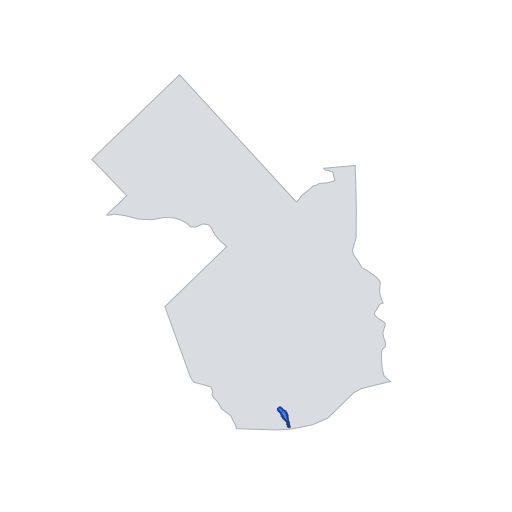 location of San José La Máquina, Suchitepéquez, Guatemala, rotated 316°
{"feature_id": "79465075B14696818502524", "entity_name": "San José La Máquina", "entity_type": "district", "adm_level": 2, "iso_a3": "GTM", "parent_name": "Guatemala", "parent_adm1": "Suchitepéquez", "projection": "equal_earth", "projection_center": [-91.607, 14.266], "detail": "fine", "context": "in_parent", "style": "filled", "palette": "blue", "viewbox_px": 512, "rotation_deg": 316, "n_neighbors": 0, "source": "geoboundaries", "source_scale": "gbopen_adm2", "svg_char_len": 5193}
<svg xmlns="http://www.w3.org/2000/svg" viewBox="0 0 512 512"><g transform="rotate(316 256 256)"><path d="M121.8,366.5L123.6,364.2L125.0,358.8L126.9,353.3L125.8,347.0L125.1,341.9L127.2,334.4L127.0,328.8L128.0,325.3L131.0,323.1L132.6,318.8L123.9,304.0L124.0,300.7L125.1,296.5L132.2,280.8L140.5,262.1L149.8,241.5L155.3,229.1L175.6,229.1L188.9,229.0L206.0,229.0L224.4,229.0L236.6,229.0L241.6,228.9L240.7,220.8L241.3,211.9L243.5,203.8L243.5,200.2L239.9,195.9L232.9,193.3L229.0,189.5L229.0,184.6L227.2,178.7L223.8,171.8L216.8,164.7L206.1,157.4L197.0,147.7L189.5,135.5L183.2,127.6L178.3,124.4L177.1,122.6L191.4,122.8L204.9,122.9L205.0,105.4L205.1,89.9L205.1,72.4L229.6,72.4L258.8,72.5L289.1,72.5L312.9,72.5L326.9,72.5L326.3,94.3L325.7,119.4L325.2,138.0L324.6,162.7L324.0,188.0L323.1,222.6L322.6,244.9L322.9,245.4L330.9,244.3L342.7,245.3L345.5,245.2L349.2,247.2L352.0,247.8L358.0,252.8L365.1,256.6L369.5,248.9L367.1,244.3L365.3,241.9L365.6,239.9L390.2,259.8L387.3,262.9L381.1,270.0L369.9,282.1L359.8,293.0L350.1,302.8L341.4,311.7L340.3,312.6L329.2,318.9L327.4,321.9L325.0,334.4L323.9,337.6L326.0,344.5L328.0,355.3L327.4,360.9L319.7,367.9L316.2,374.1L314.7,378.2L313.3,377.1L310.9,376.8L305.4,378.4L302.7,378.7L300.5,380.5L300.3,384.4L301.8,390.7L302.3,394.0L300.8,395.5L294.0,399.3L291.4,403.0L288.8,408.8L285.8,411.2L282.7,410.8L280.5,411.6L275.8,416.0L268.8,424.4L265.0,430.7L264.9,435.4L265.6,439.6L239.8,424.7L231.2,422.2L195.0,422.5L179.4,416.7L161.7,405.4L149.7,395.1L121.8,366.5Z" fill="#d9dde1" stroke="#a8b0b8" stroke-width="1"/><path d="M165.0,381.6L164.9,381.8L164.8,382.0L164.7,382.1L164.8,382.2L164.9,382.3L164.8,382.5L164.7,382.8L164.6,383.0L164.7,383.4L164.4,383.4L164.4,383.5L164.5,383.6L164.6,384.0L164.6,384.3L164.4,384.7L164.6,384.8L164.8,384.8L164.8,385.0L164.9,384.9L165.0,384.9L165.1,385.0L165.2,384.9L165.2,385.0L165.0,385.3L164.9,385.3L164.9,385.5L164.7,385.7L164.8,385.9L164.9,386.0L164.7,386.0L164.7,386.3L164.8,386.3L164.8,386.6L164.7,386.6L164.7,386.8L164.5,387.0L164.4,387.0L164.2,387.0L164.2,387.3L164.1,387.5L164.0,387.4L163.9,387.7L164.0,387.8L164.0,387.7L164.1,387.9L163.9,387.9L163.9,388.1L164.0,388.3L164.1,388.5L163.8,388.6L163.7,388.9L163.8,389.0L163.7,389.3L163.8,389.3L163.7,389.5L163.8,389.6L163.6,389.6L163.6,389.4L163.4,389.3L163.5,389.6L163.6,389.9L163.4,389.8L163.3,390.0L163.2,389.9L163.2,390.1L163.2,390.3L163.3,390.4L163.3,390.5L163.1,390.7L163.2,390.8L163.3,391.2L163.1,391.0L163.1,391.3L162.9,391.5L162.8,391.8L162.9,392.0L162.7,392.0L162.8,392.2L162.8,392.3L162.8,392.5L162.9,392.8L162.9,393.0L162.8,393.4L162.8,393.5L162.7,393.6L162.8,393.7L162.7,393.7L162.8,393.7L163.0,393.6L163.0,393.8L162.9,394.1L162.9,394.5L163.0,394.5L163.0,394.8L162.9,394.9L163.1,395.2L163.0,395.4L163.0,395.5L162.9,395.5L162.9,395.8L163.1,395.8L163.0,396.0L163.0,396.4L162.9,396.4L162.9,396.5L163.0,396.6L162.8,396.7L162.8,396.8L162.9,397.0L162.7,397.3L162.7,397.6L162.5,397.8L162.3,397.8L162.3,398.0L162.2,397.9L162.3,398.1L162.2,398.1L162.0,398.4L161.9,398.3L161.6,398.4L161.7,398.5L161.6,398.8L161.6,399.0L161.8,399.1L161.6,399.3L161.6,399.2L161.5,399.3L161.4,399.6L161.6,399.6L161.7,399.8L161.4,399.9L161.5,400.0L161.7,400.3L161.6,400.2L161.5,400.3L161.4,400.4L161.3,400.5L161.2,400.5L161.3,400.6L161.2,400.7L161.3,400.7L161.2,400.8L161.2,401.0L161.0,401.3L160.9,401.3L161.0,401.4L161.0,401.5L161.1,401.8L160.9,401.8L160.8,402.0L160.7,402.1L161.1,402.4L161.2,402.6L161.3,402.6L161.3,402.4L161.5,402.4L161.7,402.5L161.8,402.5L161.8,402.4L161.7,402.4L162.0,401.9L162.1,401.6L162.2,401.4L162.3,401.3L162.5,401.2L162.7,400.8L162.7,400.4L162.9,400.2L163.0,400.2L163.2,399.8L163.3,399.6L163.5,399.4L163.5,399.2L163.9,399.1L163.9,398.8L163.9,398.7L164.4,398.3L164.4,398.2L164.5,397.9L164.4,397.8L164.3,397.6L164.1,397.5L164.1,397.4L164.3,397.3L164.4,397.2L164.3,396.8L164.4,396.7L164.6,396.6L164.8,396.7L165.1,396.6L165.3,396.4L165.2,396.3L165.2,395.9L165.4,395.9L165.5,395.8L165.4,395.7L165.5,395.6L165.7,395.3L165.8,395.2L165.9,395.3L166.0,395.3L166.2,395.0L166.1,394.9L166.0,395.1L165.7,395.0L165.7,394.9L165.7,394.7L165.9,394.7L166.0,394.6L166.1,394.8L166.3,394.7L166.2,394.4L166.3,394.2L166.4,394.3L166.5,394.4L166.4,394.2L166.5,394.1L166.6,393.9L166.6,393.7L166.8,393.7L166.9,394.1L167.0,394.1L167.2,393.9L167.3,393.5L167.2,393.5L167.1,393.4L167.1,393.2L167.3,392.4L167.5,392.5L167.6,392.2L167.9,392.3L168.2,392.6L168.3,392.6L168.3,392.4L168.2,392.2L168.3,391.9L168.3,391.6L168.3,391.4L168.5,391.5L168.6,391.4L168.5,391.2L168.5,390.8L168.5,390.6L168.5,390.3L169.0,390.5L169.1,390.3L169.2,390.1L169.2,389.9L168.9,389.9L168.8,389.6L168.9,389.4L168.8,389.1L168.9,388.8L168.9,388.7L169.0,388.6L169.3,388.7L169.5,388.4L169.4,388.3L169.3,388.1L168.9,388.0L168.9,387.9L169.0,387.8L169.0,387.6L169.1,387.4L169.3,387.3L169.3,387.1L169.1,386.9L169.0,386.7L168.9,386.4L168.8,386.0L168.7,386.0L168.5,385.9L168.8,385.8L168.8,385.7L168.7,385.5L168.6,385.4L168.6,385.0L168.8,384.3L168.7,383.8L168.9,383.7L169.0,383.6L168.9,383.4L168.7,383.4L168.6,383.5L168.4,383.4L168.4,383.2L168.5,383.1L168.4,383.0L168.4,382.8L168.3,382.6L168.3,382.4L168.4,382.2L168.2,381.9L168.4,381.7L168.4,381.3L165.7,380.9L165.6,381.7L165.0,381.6Z" fill="#3b82f6" stroke="#1e3a8a" stroke-width="1.5"/></g></svg>